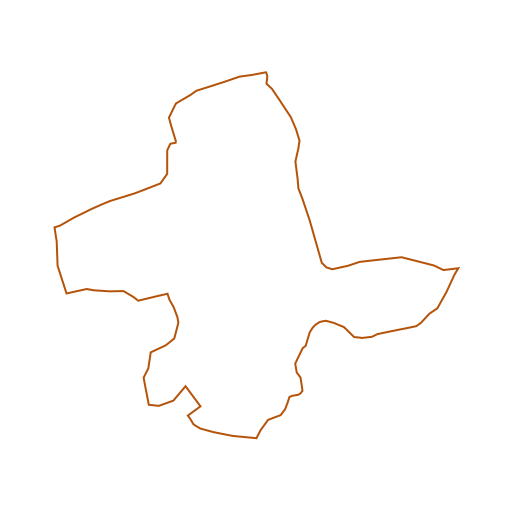 the district of Hays, Al Hudaydah, Yemen, rotated 260°
{"feature_id": "15242507B23661917867997", "entity_name": "Hays", "entity_type": "district", "adm_level": 2, "iso_a3": "YEM", "parent_name": "Yemen", "parent_adm1": "Al Hudaydah", "projection": "natural_earth1", "projection_center": [43.487, 13.93], "detail": "fine", "context": "isolated", "style": "outline", "palette": "amber", "viewbox_px": 512, "rotation_deg": 260, "n_neighbors": 0, "source": "geoboundaries", "source_scale": "gbopen_adm2", "svg_char_len": 2264}
<svg xmlns="http://www.w3.org/2000/svg" viewBox="0 0 512 512"><g transform="rotate(260 256 256)"><path d="M435.2,297.7L435.0,283.9L435.5,270.9L432.8,253.7L429.2,226.8L429.1,226.0L428.1,223.9L426.1,219.7L420.1,203.6L419.6,203.3L419.2,203.0L418.9,202.7L407.4,194.3L399.8,195.0L397.0,195.3L383.0,197.0L381.5,196.5L381.4,191.1L379.4,189.7L375.4,186.9L352.3,182.8L344.0,174.4L344.0,174.2L339.3,150.5L339.3,150.3L338.7,147.2L335.5,121.7L333.4,112.5L331.7,105.5L330.3,100.3L329.4,97.2L329.3,96.9L325.7,84.3L319.9,68.1L319.2,62.6L309.8,62.3L309.0,62.3L305.3,62.3L298.0,61.3L280.9,58.9L252.0,62.9L252.9,83.5L250.5,89.9L246.5,106.2L245.6,112.4L244.4,119.5L236.8,128.3L232.4,132.3L232.6,134.6L232.6,134.8L233.3,145.9L233.6,151.1L234.2,162.3L233.9,162.3L228.7,163.1L227.9,163.2L220.0,166.0L209.3,168.0L204.3,168.0L202.5,167.4L189.6,161.5L189.0,161.2L183.7,151.6L179.8,137.1L179.8,136.9L179.4,135.6L166.6,131.3L164.1,130.5L155.7,124.2L145.4,124.3L128.1,124.6L126.3,130.8L125.3,134.2L127.9,149.5L140.0,164.0L129.4,169.3L117.6,175.2L110.7,161.2L105.5,163.6L104.7,163.9L101.5,165.0L100.0,166.3L99.2,167.2L95.7,171.3L89.9,183.6L83.0,201.4L80.6,209.8L80.6,210.1L78.9,216.1L78.1,219.1L76.5,224.8L83.6,230.2L92.5,239.4L93.8,246.1L95.0,252.6L100.0,258.0L105.6,261.4L111.4,264.5L111.6,265.4L112.0,267.5L112.0,270.2L112.0,273.6L112.9,275.8L115.1,278.3L118.1,278.5L126.5,278.7L128.6,278.7L134.2,275.9L143.1,275.9L149.2,280.2L150.9,281.5L157.1,285.9L157.5,286.7L158.9,289.3L171.6,295.7L175.7,299.5L178.0,302.7L179.9,307.2L180.1,309.7L180.1,313.5L176.6,321.0L173.7,325.5L170.8,330.2L162.9,335.9L159.1,338.6L158.9,339.3L157.4,344.9L157.3,345.0L156.9,345.9L156.3,356.2L158.0,362.0L158.4,375.0L158.9,396.8L159.1,401.7L161.5,406.8L169.1,416.8L173.0,425.5L174.2,426.5L181.3,432.3L186.9,436.9L192.2,440.6L203.3,448.3L208.8,453.1L209.6,438.2L215.8,429.5L217.7,425.3L229.2,399.8L229.5,399.1L231.0,376.3L232.2,357.1L230.4,344.8L229.7,328.9L232.5,323.4L237.9,319.6L282.1,315.0L304.7,311.6L315.2,309.5L325.2,310.4L342.1,311.2L346.0,312.8L354.3,316.3L362.1,318.9L364.0,318.6L374.0,317.4L381.2,315.7L385.4,314.7L386.5,314.5L402.3,307.6L404.3,306.8L417.9,300.7L423.6,296.4L425.2,296.5L426.7,297.1L428.7,297.7L430.9,298.3L432.8,298.2L435.2,297.7Z" fill="none" stroke="#b45309" stroke-width="2"/></g></svg>